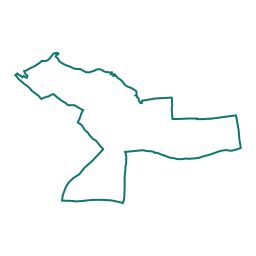 the district of Manokwari Selatan, Papua Barat, Indonesia, rotated 270°
{"feature_id": "22746128B90822416479405", "entity_name": "Manokwari Selatan", "entity_type": "district", "adm_level": 2, "iso_a3": "IDN", "parent_name": "Indonesia", "parent_adm1": "Papua Barat", "projection": "robinson", "projection_center": [134.051, -1.607], "detail": "fine", "context": "isolated", "style": "outline", "palette": "teal", "viewbox_px": 256, "rotation_deg": 270, "n_neighbors": 0, "source": "geoboundaries", "source_scale": "gbopen_adm2", "svg_char_len": 5348}
<svg xmlns="http://www.w3.org/2000/svg" viewBox="0 0 256 256"><g transform="rotate(270 128 128)"><path d="M182.5,17.5L182.4,17.4L182.2,16.8L181.6,16.1L181.0,15.9L180.7,15.4L179.9,16.4L179.2,16.9L178.6,17.4L177.6,18.0L176.5,19.1L175.3,20.5L174.1,22.0L173.3,22.9L172.7,23.6L171.7,24.7L171.0,25.9L170.0,27.3L167.9,29.6L167.3,30.2L167.2,30.3L166.9,30.5L166.2,31.2L166.1,31.3L165.1,31.9L163.0,34.9L162.5,35.5L161.0,37.3L160.1,38.6L159.4,39.4L157.7,40.5L157.1,41.4L157.0,41.5L157.7,42.5L158.1,43.6L158.3,44.2L158.6,44.9L159.1,46.1L159.5,48.3L160.2,49.7L161.2,51.1L161.6,52.6L161.8,53.5L161.7,53.7L161.6,53.8L161.1,54.5L160.3,55.3L159.3,56.5L158.7,57.2L158.2,57.8L157.1,59.4L155.2,61.7L153.7,64.5L152.8,65.9L151.9,66.8L150.9,67.9L150.8,68.2L150.8,68.4L150.8,72.4L150.8,73.5L150.8,74.5L150.6,74.8L147.3,80.4L145.8,82.8L145.8,83.0L143.8,81.9L141.9,81.1L139.3,80.3L137.1,79.5L135.0,78.4L133.6,77.8L133.1,78.6L132.5,79.2L132.1,80.0L131.6,80.6L130.8,81.7L128.8,83.1L127.6,83.8L126.8,84.2L125.7,85.1L124.4,86.8L122.5,88.4L120.9,89.5L120.3,90.0L119.1,91.2L117.3,92.7L116.6,93.9L116.1,94.8L115.6,95.6L114.0,97.1L113.7,97.3L112.7,98.1L111.2,99.3L110.1,100.0L108.5,101.7L107.5,102.7L107.0,103.0L107.3,103.3L106.5,103.0L96.6,93.7L95.3,92.5L89.7,86.1L88.2,84.4L84.0,81.1L81.8,79.4L78.0,73.4L74.0,69.1L70.4,66.7L69.2,65.9L65.3,64.5L60.9,62.8L57.0,62.2L55.4,62.1L55.2,67.8L55.2,69.9L55.1,70.5L54.9,74.0L54.6,74.6L54.8,80.2L55.2,83.7L55.5,86.4L55.6,87.7L55.7,88.1L56.1,92.9L56.1,93.3L56.1,93.9L56.2,97.0L56.1,99.7L56.1,101.8L56.1,102.8L55.7,110.5L55.1,113.9L54.7,115.8L54.5,116.8L53.8,119.7L53.2,122.2L52.9,122.8L54.2,123.3L56.2,124.0L60.4,124.4L62.1,124.4L69.2,124.7L70.7,124.6L71.3,124.6L75.3,124.7L78.6,124.6L87.0,125.4L88.0,125.4L89.5,125.4L91.7,126.1L93.2,126.2L94.1,126.2L95.4,126.2L98.3,126.3L99.2,126.2L101.3,126.0L104.1,125.1L104.1,126.7L104.5,129.1L104.9,133.9L105.3,137.7L105.7,141.5L105.7,143.2L105.0,146.7L104.9,148.1L104.8,149.1L104.7,150.9L104.1,154.0L103.1,154.8L103.2,157.3L101.6,161.0L101.2,162.0L99.8,166.2L98.5,169.3L97.9,172.8L97.7,174.4L97.1,176.5L96.9,178.7L96.9,182.2L97.1,183.6L97.5,185.4L97.2,188.3L97.3,190.5L97.4,191.2L97.5,193.4L97.6,194.7L97.9,197.0L98.1,198.5L98.2,199.2L99.2,201.8L99.6,203.3L99.9,204.2L100.4,206.3L101.2,209.3L102.3,212.5L103.5,215.8L104.5,218.6L105.4,221.9L105.8,225.0L105.9,225.6L105.7,227.8L105.3,230.0L105.4,232.3L106.2,235.4L107.0,237.9L107.9,240.6L110.4,240.5L113.9,239.8L117.2,239.3L121.6,239.0L124.6,238.7L125.3,238.7L128.9,238.1L134.0,237.2L136.5,236.8L138.1,236.5L140.6,235.8L137.2,210.1L137.4,210.1L137.2,207.7L136.9,203.6L136.9,197.1L137.5,197.1L137.5,187.1L137.4,187.1L137.2,182.7L136.9,172.6L137.4,172.4L139.1,172.3L143.7,172.0L146.8,171.7L149.4,172.0L151.7,172.2L153.1,172.0L156.4,172.1L158.4,171.6L157.5,155.0L155.4,143.3L155.6,143.0L155.5,142.7L155.5,142.2L154.8,142.1L154.1,141.8L153.7,141.7L153.1,141.9L152.8,141.3L152.9,141.2L153.0,140.5L153.4,140.0L154.2,139.4L154.9,139.1L155.9,138.8L156.7,138.7L157.2,138.6L157.7,138.4L158.3,137.9L158.7,137.1L159.2,137.1L160.1,136.9L160.3,136.3L160.5,135.6L160.9,136.1L161.6,136.5L162.0,136.5L163.3,136.5L164.1,136.5L164.7,136.2L165.1,135.9L165.7,135.1L166.6,133.5L167.1,132.9L167.4,132.3L167.8,131.6L168.3,130.6L168.6,129.8L168.9,129.0L169.2,128.0L169.8,126.9L170.2,126.2L170.8,125.4L171.2,124.8L171.6,124.5L172.2,124.3L172.9,123.7L173.3,123.3L174.0,122.6L174.6,122.2L175.4,121.6L175.8,121.1L176.4,120.2L176.9,119.6L177.2,119.0L177.7,118.3L178.4,117.4L179.0,116.9L179.7,116.4L180.1,115.8L180.1,114.8L180.1,114.1L180.6,114.6L181.2,115.1L181.5,114.7L181.8,114.1L181.4,113.6L181.3,113.0L181.4,112.1L181.5,111.4L181.7,110.8L182.2,110.8L182.6,111.3L183.0,111.9L183.7,111.9L183.8,111.4L183.4,111.0L183.0,110.7L183.2,110.1L183.5,109.6L183.7,108.8L183.8,108.2L183.9,107.6L183.9,107.4L183.9,106.9L184.0,106.3L184.1,105.6L184.3,105.0L184.7,103.8L185.0,103.3L185.5,102.7L185.9,102.1L186.2,101.4L186.7,100.0L186.7,99.4L186.8,98.8L186.7,97.7L186.4,96.6L185.7,95.2L185.3,94.4L185.0,93.6L184.5,92.0L184.3,91.1L184.1,90.3L183.6,89.2L183.6,88.5L183.8,87.3L183.7,86.4L183.9,85.6L184.1,85.2L184.7,84.3L185.1,83.6L185.5,82.8L185.9,82.1L186.3,81.6L186.7,80.9L187.0,80.0L187.0,79.8L187.0,79.1L187.0,78.5L187.0,77.6L187.0,76.8L187.1,76.1L187.3,75.0L187.4,74.3L187.7,73.5L188.1,72.5L188.6,71.5L189.0,70.6L189.4,69.8L189.8,69.0L190.2,67.8L190.7,66.1L190.8,65.7L191.0,65.3L192.1,63.3L192.7,62.3L193.3,61.4L193.8,60.5L194.5,59.8L195.2,59.0L195.2,58.9L195.9,58.8L196.7,58.3L197.5,57.8L198.0,57.3L198.5,56.7L199.4,55.7L200.7,56.0L201.1,56.7L201.4,57.4L201.7,58.2L202.4,58.5L203.0,57.6L203.1,56.8L203.1,56.2L202.8,54.8L202.5,53.7L202.2,53.3L201.7,52.9L200.2,51.8L199.3,50.9L198.1,50.2L197.4,49.6L197.3,49.4L195.8,47.7L195.7,47.2L195.2,46.2L195.0,44.7L194.9,43.8L195.1,42.5L195.1,41.9L194.7,41.3L194.3,41.1L193.9,40.6L193.2,39.6L192.4,38.7L191.9,37.8L191.4,37.0L191.0,36.2L190.5,35.7L189.9,34.8L189.2,33.4L188.8,32.3L188.5,31.7L187.5,29.7L185.9,27.0L185.5,26.1L185.0,25.0L184.9,24.2L183.6,24.6L182.5,25.2L181.7,25.7L181.1,26.5L180.8,27.0L180.5,27.8L180.5,27.7L179.7,27.5L179.5,27.4L178.3,26.7L178.1,26.6L178.6,25.7L179.1,24.9L180.0,23.7L179.8,23.5L179.4,23.2L179.1,22.9L178.9,22.5L178.7,22.3L178.9,22.1L179.4,21.6L179.6,21.3L179.9,21.0L180.3,20.9L180.6,20.6L180.7,20.1L180.8,19.6L181.0,19.1L181.5,18.5L181.8,18.2L182.2,17.8L182.5,17.5Z" fill="none" stroke="#0f766e" stroke-width="2"/></g></svg>